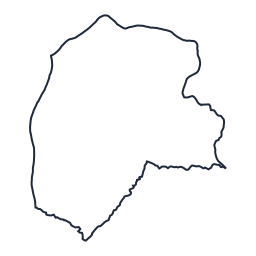 the district of Xienghone, Xaignabouri, Laos
{"feature_id": "54806243B61496088664088", "entity_name": "Xienghone", "entity_type": "district", "adm_level": 2, "iso_a3": "LAO", "parent_name": "Laos", "parent_adm1": "Xaignabouri", "projection": "mercator", "projection_center": [100.862, 19.697], "detail": "fine", "context": "isolated", "style": "outline", "palette": "slate", "viewbox_px": 256, "rotation_deg": 0, "n_neighbors": 0, "source": "geoboundaries", "source_scale": "gbopen_adm2", "svg_char_len": 5698}
<svg xmlns="http://www.w3.org/2000/svg" viewBox="0 0 256 256"><path d="M35.5,207.5L36.6,207.7L38.0,208.8L39.2,209.0L39.9,209.0L41.6,210.1L43.0,211.7L45.4,212.5L46.1,212.6L46.3,214.5L47.6,215.1L49.6,215.3L51.1,215.5L53.8,214.7L55.3,217.2L55.8,217.7L56.3,217.6L56.9,217.2L59.7,218.7L61.2,219.3L63.7,219.6L64.2,220.4L65.4,220.3L70.1,222.9L71.0,224.7L71.6,225.4L73.3,226.5L75.5,227.4L78.2,227.2L78.8,227.1L80.0,228.5L80.3,229.0L78.9,230.6L78.2,231.3L79.8,232.6L82.0,232.9L82.6,234.8L82.7,237.3L82.6,239.0L84.6,240.3L85.8,240.6L88.0,238.6L90.3,236.7L91.4,235.5L92.0,234.7L92.0,233.5L95.4,229.3L97.6,226.9L98.6,226.3L100.4,226.1L102.4,224.4L104.5,222.3L106.8,220.8L108.6,220.1L110.1,215.7L111.8,214.8L112.8,213.3L113.1,212.1L113.6,210.8L114.2,210.1L115.1,210.1L116.2,209.5L117.2,207.3L117.5,206.7L119.0,205.8L119.9,205.1L120.2,203.1L121.6,200.8L122.6,199.4L123.9,197.8L124.4,196.7L124.8,196.4L125.9,196.0L127.4,195.8L129.5,195.1L130.7,194.0L131.1,193.0L130.8,192.0L130.0,191.3L129.7,190.5L129.7,189.6L130.7,189.1L133.1,188.1L133.8,187.2L133.1,185.7L133.9,185.7L134.8,185.5L135.9,184.4L136.2,182.1L136.7,181.5L137.0,181.0L137.0,180.0L138.9,179.5L139.8,179.3L140.0,178.8L139.2,177.8L139.3,177.4L139.8,176.9L142.0,176.7L143.2,171.8L144.5,168.6L144.7,165.8L145.3,164.7L146.5,163.4L146.9,161.5L148.5,161.9L152.3,163.4L154.4,164.5L155.2,165.4L157.3,165.8L158.0,166.6L158.7,168.0L159.4,168.5L160.9,167.4L162.0,166.6L164.6,166.5L166.2,166.9L167.9,168.2L170.0,166.6L170.9,166.4L174.8,167.3L176.1,166.8L177.9,167.5L179.7,166.9L181.3,166.9L183.7,168.0L185.7,169.5L187.4,169.9L188.7,169.2L190.2,167.2L191.7,165.7L192.4,165.5L196.3,166.4L199.0,166.1L199.8,166.4L201.2,167.0L201.3,167.1L202.9,168.2L203.4,168.3L204.4,168.0L204.7,167.6L205.4,167.8L208.2,169.2L208.7,169.3L209.6,168.5L211.0,167.8L212.5,165.0L213.3,164.4L214.2,164.1L215.8,164.4L217.3,164.8L218.8,164.9L219.4,165.0L220.8,167.0L221.2,167.2L221.5,167.0L222.2,166.6L222.9,166.8L224.0,167.3L225.9,168.5L225.5,167.8L225.1,167.4L224.6,166.9L224.1,166.4L223.6,165.9L223.0,165.3L222.1,164.4L221.0,163.5L219.9,162.6L218.5,161.3L218.0,160.7L217.6,160.0L216.6,158.1L216.3,157.0L215.8,155.4L215.5,153.8L215.2,152.5L215.2,151.1L215.4,149.9L214.3,145.3L215.0,143.1L216.1,140.9L218.6,139.9L219.3,138.2L221.0,136.9L221.4,136.2L221.6,133.7L221.3,132.0L222.5,129.8L223.5,127.7L224.1,122.0L223.7,119.4L220.8,115.9L218.3,115.6L216.7,114.2L215.1,111.6L213.9,110.3L211.0,110.1L210.5,108.2L210.2,105.9L209.0,104.4L207.8,104.4L206.4,104.5L203.6,104.6L202.0,104.7L201.2,105.1L200.8,104.5L199.8,104.3L198.4,103.2L197.4,101.9L196.7,100.6L196.0,99.4L195.0,98.0L193.7,96.7L192.6,96.1L191.5,96.2L189.7,96.8L188.2,97.3L185.7,97.5L184.7,97.3L184.2,97.3L183.2,95.1L182.6,93.3L182.6,92.1L183.1,90.1L183.7,87.8L184.1,87.1L184.7,85.1L185.2,84.0L185.8,82.1L186.5,79.9L187.0,78.8L188.3,77.5L189.6,76.5L191.0,75.7L192.7,74.8L195.1,73.6L195.8,73.2L196.9,72.5L197.8,71.4L198.4,70.5L198.8,69.8L199.3,67.8L199.9,65.6L200.1,64.4L200.1,62.5L199.8,60.8L199.5,59.0L198.9,57.7L198.5,56.7L198.0,55.7L197.6,53.9L197.6,52.4L197.7,51.5L197.8,50.6L197.5,50.2L197.4,49.8L197.3,49.1L197.2,48.0L197.3,47.2L197.5,45.9L197.3,44.8L197.0,43.9L196.4,42.9L195.9,42.3L195.5,41.9L195.0,41.5L194.5,41.2L193.9,41.1L192.8,41.0L191.9,40.8L191.1,40.9L190.2,40.8L188.9,40.6L188.7,40.6L188.4,40.6L188.2,40.7L187.5,40.8L186.8,40.8L185.8,40.5L184.9,40.3L183.4,40.1L182.4,39.6L181.2,39.0L178.7,37.6L177.8,37.1L176.3,36.1L175.9,35.8L175.2,35.3L174.5,34.7L173.6,33.9L172.4,32.8L171.5,32.0L170.2,31.4L169.2,31.0L168.2,30.7L166.4,30.2L165.8,30.0L164.5,29.8L163.7,29.7L162.9,29.5L162.1,29.2L161.4,29.0L160.7,28.8L160.2,28.8L159.3,28.6L158.7,28.5L158.1,28.3L157.6,28.2L157.4,28.1L157.1,28.0L156.8,28.0L155.5,28.0L154.7,27.8L152.6,27.6L151.8,27.7L151.0,27.6L150.5,27.6L149.2,27.2L148.5,27.0L147.8,26.9L146.9,26.8L146.1,26.6L145.2,26.4L144.2,26.1L143.2,25.8L142.1,25.8L141.4,25.7L140.7,25.7L140.2,25.6L139.3,25.6L138.7,25.5L138.3,25.5L137.6,25.5L136.8,25.6L136.0,25.8L135.3,25.9L134.9,26.1L134.3,26.2L133.0,26.5L131.6,26.8L130.3,27.0L128.7,27.4L127.7,27.8L127.0,28.1L126.2,28.4L125.7,28.5L125.1,28.6L124.2,28.3L123.9,28.2L122.8,27.7L122.2,27.4L121.6,27.0L120.6,26.4L119.2,25.4L118.0,24.8L117.4,24.4L117.1,24.2L116.5,23.4L115.9,22.7L115.0,21.6L114.2,20.8L113.4,20.3L111.9,19.0L110.6,18.0L109.6,17.1L109.0,16.5L108.1,15.9L107.3,15.6L105.8,15.4L104.5,15.4L103.6,15.6L102.7,15.9L101.5,16.5L100.1,17.1L99.4,17.7L98.9,18.0L98.5,18.4L97.7,19.3L97.1,19.9L96.6,20.8L95.3,22.2L93.9,23.6L93.0,24.3L92.5,24.9L90.8,26.4L90.0,27.2L89.6,27.7L89.2,27.9L88.8,28.2L88.4,28.5L88.2,28.7L87.4,29.3L86.5,30.1L85.4,30.8L84.5,31.4L83.6,32.1L83.0,32.6L81.6,33.6L80.9,34.0L80.1,34.6L79.1,35.1L78.5,35.7L77.5,36.4L76.8,36.8L75.8,37.5L74.6,38.0L73.4,38.3L72.0,38.8L70.9,38.9L69.9,39.2L69.1,39.5L68.6,39.7L67.3,40.7L65.8,41.8L65.0,42.7L64.3,43.3L63.2,44.6L61.9,45.7L61.0,47.0L60.5,47.7L60.4,48.0L59.7,48.8L59.4,49.3L58.1,50.6L57.6,51.1L57.0,51.7L55.7,52.8L55.3,53.2L54.7,53.6L54.4,53.8L53.3,54.6L52.6,54.8L51.9,55.2L51.0,55.6L51.0,56.1L51.3,57.2L51.5,58.4L51.9,60.2L52.0,62.2L52.2,64.1L52.2,66.2L51.9,68.1L51.4,70.8L50.7,73.1L49.5,75.6L49.2,77.5L48.6,79.7L47.9,81.4L46.7,84.8L45.7,86.8L44.5,90.1L43.0,92.4L41.4,95.2L40.0,98.0L38.7,100.7L37.0,103.1L36.0,105.7L34.8,108.0L33.7,110.4L32.9,112.9L31.8,115.9L31.2,117.7L30.7,120.3L30.4,123.4L30.1,126.8L30.1,130.5L30.6,133.2L31.3,136.4L31.6,138.5L32.3,141.6L33.0,144.4L33.1,144.6L33.9,147.3L34.1,149.8L34.2,155.7L34.0,159.0L33.9,161.4L33.6,163.8L33.3,165.9L32.9,167.5L32.9,170.2L32.8,172.7L32.4,174.3L31.9,177.3L31.8,179.9L31.6,182.4L31.6,185.0L32.2,188.1L32.6,189.9L32.9,192.0L33.4,194.1L33.9,196.1L34.6,198.6L35.1,201.6L35.2,203.7L35.4,205.3L35.4,206.7L35.5,207.5Z" fill="none" stroke="#1e293b" stroke-width="2"/></svg>